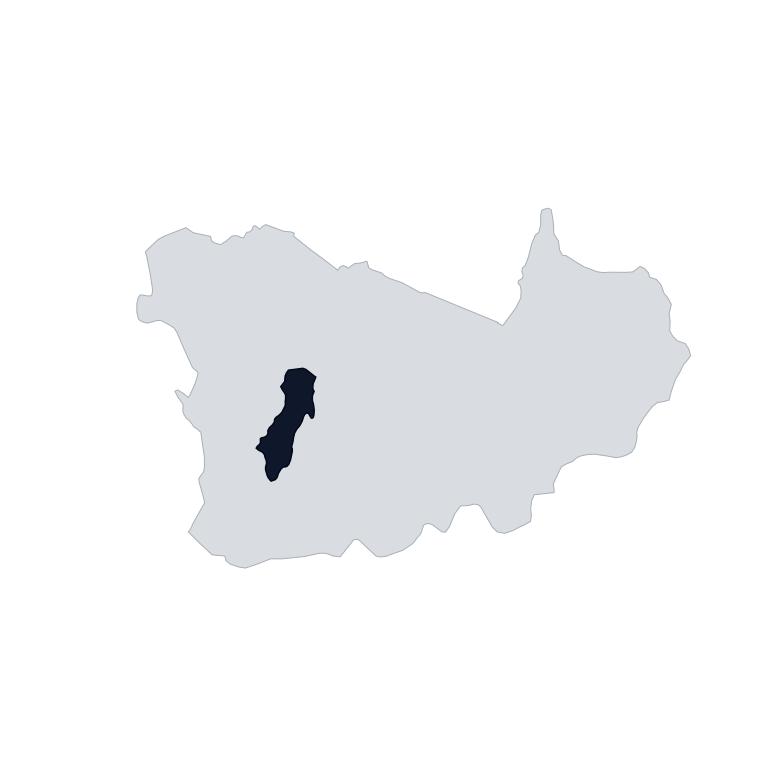 Namentenga on a map of Burkina Faso (Natural Earth projection), rotated 203°
{"feature_id": "BFA-2824", "entity_name": "Namentenga", "entity_type": "Province", "adm_level": 1, "iso_a3": "BFA", "parent_name": "Burkina Faso", "parent_adm1": "", "projection": "natural_earth1", "projection_center": [-0.489, 13.195], "detail": "fine", "context": "in_parent", "style": "filled", "palette": "ink", "viewbox_px": 768, "rotation_deg": 203, "n_neighbors": 0, "source": "natural_earth", "source_scale": "10m", "svg_char_len": 4289}
<svg xmlns="http://www.w3.org/2000/svg" viewBox="0 0 768 768"><g transform="rotate(203 384 384)"><path d="M553.4,484.6L535.7,485.4L529.3,487.6L525.4,487.7L525.3,485.8L524.8,484.7L502.5,478.5L486.9,474.8L471.1,470.7L470.2,474.6L467.9,477.0L464.5,477.2L462.1,476.6L460.5,479.6L457.9,483.5L454.3,485.4L450.7,487.8L448.6,489.9L447.2,489.9L443.5,485.0L438.7,484.5L429.7,485.3L425.7,483.9L420.2,483.3L407.1,484.3L386.3,482.3L382.9,483.4L382.0,484.3L361.3,484.5L338.6,484.8L319.6,485.0L303.0,485.2L303.0,484.3L297.6,484.2L297.0,485.9L292.3,505.8L291.7,516.6L294.2,523.4L297.0,527.6L300.2,529.4L300.5,531.8L298.0,535.0L298.2,538.2L301.1,541.5L301.9,544.9L300.3,548.6L300.7,557.3L302.9,571.2L302.9,580.1L300.8,584.2L301.8,591.2L305.9,601.2L306.6,605.4L305.1,607.3L301.7,609.9L298.3,609.8L294.3,603.8L292.5,601.1L289.3,595.0L286.6,588.9L282.8,586.2L279.2,583.7L274.7,576.0L270.4,572.3L265.9,573.3L259.3,571.9L245.9,570.0L231.5,570.6L225.6,572.3L219.7,575.2L204.7,581.4L198.8,584.4L194.3,592.2L189.2,592.1L184.1,589.6L181.0,586.0L174.2,586.8L167.6,583.4L161.3,576.6L156.6,574.4L150.6,569.5L149.0,560.2L145.2,553.7L141.8,544.6L136.6,540.6L130.7,538.4L122.4,538.9L117.0,535.2L112.8,529.9L113.9,525.3L115.9,518.8L116.1,512.5L117.5,502.3L116.7,489.6L115.3,480.7L119.8,477.0L125.1,473.7L128.4,467.6L131.8,454.1L133.3,442.3L132.3,438.0L130.6,434.6L129.2,429.5L128.4,423.3L129.4,417.9L133.4,412.9L138.4,408.8L141.9,406.8L151.3,404.7L163.0,401.6L169.8,398.1L174.8,394.6L177.5,391.8L180.4,386.1L184.9,381.7L188.4,377.2L189.0,364.8L189.0,357.7L186.4,353.8L185.0,350.5L202.4,340.8L202.5,333.9L200.1,326.2L196.8,320.1L195.5,314.7L200.3,308.5L204.6,303.8L207.7,299.8L214.6,293.7L221.7,292.1L228.1,294.4L247.0,308.7L250.3,309.7L254.3,308.6L259.3,304.8L265.8,301.8L268.2,292.2L268.0,278.1L269.5,271.6L272.9,270.5L283.9,273.2L286.7,273.3L289.9,272.4L292.2,269.9L292.1,265.4L291.6,261.4L295.2,248.3L301.7,238.4L314.9,226.1L318.9,223.7L323.7,222.4L347.2,230.9L351.0,228.8L356.8,207.8L363.2,205.8L370.8,205.5L375.8,203.7L378.4,202.2L389.5,194.3L409.2,183.4L419.9,178.8L421.9,177.0L429.5,169.4L439.6,160.5L446.0,158.8L454.9,158.1L460.5,159.6L462.0,162.1L463.8,163.3L475.4,159.6L492.0,165.6L506.3,171.4L505.4,175.1L505.3,181.7L504.1,192.1L502.7,204.6L508.6,212.6L515.7,221.3L517.6,224.7L515.7,233.2L517.1,238.2L520.8,246.6L527.2,257.1L533.8,268.0L538.3,269.5L542.6,270.3L545.2,272.3L549.1,274.2L552.9,275.4L556.2,277.8L558.4,280.1L561.1,286.9L568.5,291.3L573.7,295.7L571.6,297.9L565.2,297.0L559.1,295.1L558.3,298.3L558.1,310.6L559.1,320.9L560.5,322.3L566.6,324.2L581.1,337.5L594.2,350.1L598.7,353.4L605.9,354.7L614.0,355.2L617.5,354.0L625.4,347.6L629.6,346.9L633.5,347.1L635.6,348.1L639.4,353.3L642.9,361.2L643.9,366.9L643.6,370.0L642.4,371.2L636.0,372.7L633.2,373.9L632.5,375.6L633.5,379.5L634.8,382.0L641.8,393.3L652.1,408.5L655.2,412.4L653.5,417.0L648.3,428.9L644.4,433.8L627.3,450.6L618.9,448.7L601.3,452.1L598.6,448.2L594.5,447.7L589.4,448.4L587.5,449.8L587.0,451.5L585.1,453.8L581.9,460.5L579.4,462.2L576.2,463.2L572.4,463.1L570.1,464.0L570.1,467.3L569.5,470.1L566.9,471.6L565.8,474.8L566.0,478.0L564.4,479.4L561.1,478.6L559.1,477.8L557.3,481.9L555.0,484.6L553.4,484.6Z" fill="#d9dde1" stroke="#a8b0b8" stroke-width="1"/><path d="M449.6,363.8L449.4,362.4L449.4,356.6L448.1,352.7L446.4,350.3L445.5,350.1L445.3,345.2L443.6,341.0L440.5,337.0L437.9,332.4L436.4,328.0L436.1,325.7L436.5,324.7L437.6,324.2L442.2,327.5L444.1,327.0L445.0,325.4L445.3,322.5L444.8,317.7L445.3,312.7L446.7,308.2L447.1,303.9L446.4,299.5L445.3,295.4L444.5,289.9L443.2,288.6L442.1,286.2L440.4,277.5L440.3,273.0L441.1,270.4L442.7,269.0L444.2,268.4L445.6,265.7L446.3,260.5L445.9,256.2L446.7,253.5L450.0,250.5L451.2,251.0L453.8,252.4L455.7,254.1L459.6,258.9L460.6,261.5L461.1,265.2L462.7,267.9L464.5,269.6L466.4,272.2L469.1,273.8L473.6,274.1L476.5,275.0L476.3,277.2L475.1,279.4L474.8,281.8L476.1,284.6L476.4,285.2L475.8,286.6L473.3,288.2L471.4,291.0L471.7,293.7L472.7,295.8L472.4,299.0L470.7,302.9L470.1,306.0L470.9,309.0L470.3,311.2L468.4,314.2L466.9,318.0L466.5,325.0L467.0,327.1L468.2,329.7L468.5,331.1L469.5,333.8L470.7,335.9L472.3,337.1L475.3,339.0L478.0,341.2L476.4,347.5L476.7,348.6L477.2,349.9L478.1,352.8L478.1,355.9L477.4,359.4L464.9,366.7L461.6,366.9L450.3,363.8L449.6,363.8Z" fill="#0f172a" stroke="#020617" stroke-width="1.5"/></g></svg>